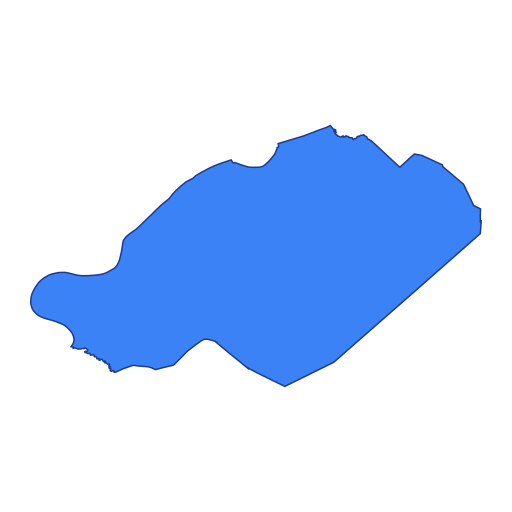 outline of Beesel, Limburg, Netherlands
{"feature_id": "6326949B64998271087377", "entity_name": "Beesel", "entity_type": "district", "adm_level": 2, "iso_a3": "NLD", "parent_name": "Netherlands", "parent_adm1": "Limburg", "projection": "robinson", "projection_center": [6.061, 51.27], "detail": "fine", "context": "isolated", "style": "filled", "palette": "blue", "viewbox_px": 512, "rotation_deg": 0, "n_neighbors": 0, "source": "geoboundaries", "source_scale": "gbopen_adm2", "svg_char_len": 5670}
<svg xmlns="http://www.w3.org/2000/svg" viewBox="0 0 512 512"><path d="M32.3,308.7L33.2,310.3L33.5,310.7L34.7,312.2L35.5,313.0L36.3,313.8L38.0,315.1L38.8,315.7L40.4,316.6L42.7,317.6L47.0,319.0L48.9,319.5L51.9,320.3L55.9,321.6L57.3,322.2L60.9,323.6L63.0,324.5L63.9,325.0L64.8,325.6L65.6,326.2L66.5,326.9L69.1,329.5L70.8,331.3L71.4,332.2L72.1,333.2L72.6,334.2L73.2,335.8L73.8,337.8L74.0,339.1L74.0,340.1L73.6,342.3L73.2,343.4L72.8,344.1L72.4,344.8L71.1,346.7L73.6,347.3L73.3,348.3L74.9,347.9L75.4,348.0L75.9,348.2L77.2,348.6L77.6,348.9L78.1,349.1L78.6,349.1L79.9,348.9L80.4,348.9L81.1,348.9L81.7,348.7L82.5,348.5L83.0,348.4L83.8,348.7L84.1,348.7L84.5,348.5L85.1,348.1L85.4,348.0L85.7,348.2L86.2,348.6L86.6,348.9L87.4,349.4L87.6,349.5L87.7,349.9L87.7,350.3L87.6,350.6L87.5,350.8L87.1,351.1L86.5,351.2L85.8,351.3L85.4,351.4L84.9,351.6L84.7,351.8L84.7,352.1L84.8,352.2L85.2,352.5L86.7,352.9L87.4,353.4L88.1,353.6L88.5,353.5L88.8,353.4L89.2,353.3L89.5,353.4L89.9,353.5L90.0,353.8L90.2,354.1L90.2,354.6L90.2,354.9L90.5,355.1L90.9,355.1L92.1,354.8L92.7,354.9L93.0,354.9L93.7,354.8L94.0,354.8L94.2,355.1L94.2,356.3L94.5,356.7L94.6,356.8L95.6,356.7L96.0,356.8L96.6,357.2L96.7,357.5L96.8,358.5L97.1,358.9L98.8,358.6L99.0,358.7L99.1,358.8L98.9,359.9L99.1,360.1L99.4,360.3L99.8,360.3L100.1,360.1L101.1,359.3L101.4,359.2L101.9,359.3L102.2,359.5L102.4,359.8L102.7,360.5L102.9,360.9L103.1,361.1L103.3,361.2L103.9,361.1L104.7,361.1L105.0,361.1L105.2,361.3L105.3,361.4L105.2,361.6L104.4,362.1L104.4,362.4L104.5,362.6L104.9,362.7L105.5,362.8L106.2,363.1L106.5,363.1L107.0,363.6L107.7,364.1L108.9,363.9L109.2,363.9L109.4,364.0L109.5,364.2L109.5,364.7L109.3,365.0L108.9,365.6L108.8,365.9L108.8,366.0L109.0,366.2L109.7,366.4L110.1,366.5L110.3,366.6L110.4,366.8L109.3,367.3L109.1,367.5L109.0,367.8L109.2,368.1L110.9,368.7L110.9,368.9L110.7,369.3L110.3,369.7L110.1,370.0L110.1,370.3L110.2,370.5L110.9,371.1L111.2,371.3L111.6,371.3L112.0,371.2L112.7,370.7L113.0,370.5L113.5,370.6L113.9,370.8L114.1,371.2L114.1,371.8L114.0,372.0L114.4,372.2L115.8,372.2L116.2,371.9L122.2,369.2L123.9,368.5L132.3,365.6L133.4,365.3L138.6,366.0L145.0,366.5L148.8,366.9L150.4,367.4L151.4,367.7L154.1,369.0L155.5,369.6L162.4,367.8L172.8,365.3L173.4,365.1L174.0,364.7L174.6,364.2L177.9,360.8L183.3,355.4L185.3,353.3L187.6,351.0L190.8,348.6L195.5,344.9L197.7,343.3L201.2,340.9L202.3,340.2L204.1,339.3L204.4,339.0L204.6,339.1L205.1,339.2L207.5,339.3L208.7,339.5L212.1,340.4L214.6,341.1L215.1,341.3L216.3,342.1L216.5,342.2L216.3,342.4L228.3,352.4L247.4,367.9L247.5,368.1L248.2,368.6L248.2,368.0L249.3,368.7L257.0,372.8L274.8,381.6L275.4,381.7L275.8,382.0L276.7,382.5L283.4,385.7L284.4,386.2L284.8,386.4L333.7,362.3L415.0,291.1L480.3,233.6L481.3,220.2L480.3,222.5L480.4,220.2L480.3,216.0L480.5,208.9L473.7,205.5L463.6,184.3L442.8,166.7L442.4,164.9L421.9,155.4L414.3,154.0L399.8,167.2L392.7,160.7L377.8,146.8L371.9,141.4L371.9,141.5L371.5,141.2L370.5,140.6L369.7,139.8L369.3,139.5L368.8,139.3L368.0,139.3L367.5,138.5L366.6,136.7L366.3,136.5L366.0,136.6L365.5,136.4L364.9,135.7L364.4,135.5L364.0,135.4L363.9,135.2L363.8,134.8L363.7,134.8L363.6,134.7L363.3,134.8L362.9,135.2L362.4,135.2L361.5,135.3L360.3,135.4L359.5,136.2L359.3,136.3L358.8,136.3L358.3,136.2L357.9,136.3L357.7,136.4L357.3,136.8L356.9,137.1L356.7,137.3L356.6,137.9L356.5,138.1L355.5,138.7L354.9,138.6L354.7,138.6L354.0,139.2L353.4,139.6L353.2,139.6L352.8,139.3L352.8,139.1L352.9,138.8L352.8,138.7L352.5,138.5L352.4,138.4L352.3,138.2L352.2,137.9L351.8,137.7L351.4,137.7L350.0,137.7L348.6,137.2L348.6,136.8L348.1,136.6L347.7,136.4L347.1,136.4L346.9,136.2L346.5,136.1L346.1,135.9L345.9,135.8L345.8,136.0L345.8,136.5L345.7,136.6L345.0,136.5L344.9,136.5L344.6,136.8L343.9,136.8L343.2,137.0L342.8,136.8L342.8,136.6L343.2,136.3L343.3,136.2L343.1,135.9L342.7,136.0L342.5,136.4L342.3,136.5L341.7,136.6L341.4,136.7L340.9,137.0L340.5,137.1L339.7,136.8L339.2,136.4L338.6,136.2L337.7,136.0L337.6,135.9L337.5,135.7L337.2,135.1L336.9,135.0L336.4,134.9L335.8,134.2L335.6,133.6L335.7,133.3L335.5,133.2L335.2,133.4L335.0,133.2L335.5,132.6L335.4,132.3L335.6,132.3L336.0,132.5L336.2,132.3L336.1,132.2L336.0,131.9L335.7,131.8L335.2,132.1L334.9,132.1L334.5,131.9L334.3,131.8L334.2,131.5L334.1,131.4L334.8,131.1L335.7,130.5L335.7,130.1L335.1,129.7L334.9,129.5L334.8,129.4L334.5,129.8L334.2,129.9L333.9,130.0L333.8,129.8L333.5,129.4L330.3,125.6L326.2,127.5L317.1,130.7L314.4,131.8L303.4,136.0L278.1,143.6L278.7,146.4L277.7,147.5L277.0,147.7L277.0,147.9L277.0,148.1L276.9,148.6L276.7,149.4L274.9,153.8L274.7,154.2L272.2,157.2L271.2,158.6L270.2,159.7L268.7,161.4L265.7,164.2L263.7,165.8L262.8,166.3L261.1,166.8L259.7,167.2L255.3,167.3L253.2,167.3L250.7,167.2L249.4,167.2L245.5,166.2L240.7,164.7L238.4,163.8L234.9,162.6L234.0,163.0L232.9,162.6L231.1,159.9L219.1,163.9L214.7,165.7L210.2,167.7L201.6,172.2L195.8,175.6L193.1,178.2L185.9,181.9L183.6,183.9L181.0,185.9L175.9,190.6L173.0,193.7L169.1,198.6L161.3,205.0L156.0,210.1L153.7,212.4L151.4,214.6L139.9,225.8L136.1,229.3L131.7,232.3L128.6,234.6L126.0,236.9L123.4,240.4L122.8,243.2L121.5,251.4L120.5,255.9L119.7,259.3L118.4,262.6L117.1,265.3L115.2,267.4L114.3,268.2L113.6,268.7L107.3,272.3L105.1,273.2L103.7,273.7L100.4,274.5L96.8,275.0L94.6,275.2L88.7,275.6L83.6,275.7L81.9,275.7L80.9,275.6L77.3,275.2L76.4,275.0L67.6,272.8L65.2,272.4L64.3,272.4L60.5,272.4L58.5,272.6L56.5,273.0L52.6,273.8L50.1,274.6L48.1,275.4L47.0,276.2L45.7,276.9L44.4,277.6L42.6,278.9L41.3,280.0L40.3,280.9L39.3,281.9L38.5,282.8L37.9,283.6L36.2,286.0L35.4,287.2L34.7,288.4L32.9,291.8L32.5,292.7L32.1,293.8L31.6,295.2L31.3,296.3L31.0,297.8L30.9,299.1L30.7,302.3L30.8,303.3L31.0,304.4L31.7,307.2L32.3,308.7Z" fill="#3b82f6" stroke="#1e3a8a" stroke-width="1.5"/></svg>